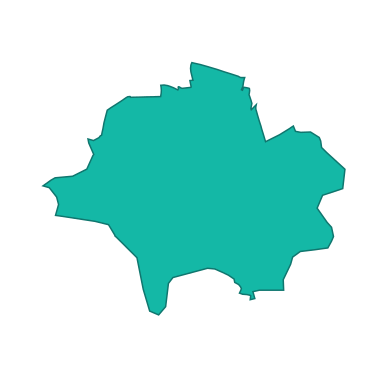 Port-Harcourt, Rivers, Nigeria, rotated 11°
{"feature_id": "59680162B27901935497545", "entity_name": "Port-Harcourt", "entity_type": "district", "adm_level": 2, "iso_a3": "NGA", "parent_name": "Nigeria", "parent_adm1": "Rivers", "projection": "orthographic", "projection_center": [7.015, 4.783], "detail": "fine", "context": "isolated", "style": "filled", "palette": "teal", "viewbox_px": 384, "rotation_deg": 11, "n_neighbors": 0, "source": "geoboundaries", "source_scale": "gbopen_adm2", "svg_char_len": 2128}
<svg xmlns="http://www.w3.org/2000/svg" viewBox="0 0 384 384"><g transform="rotate(11 192 192)"><path d="M124.8,249.9L126.4,250.8L150.5,267.0L162.7,296.8L173.2,317.0L182.7,319.0L188.0,309.6L186.3,286.2L189.6,279.6L221.8,263.9L229.0,263.2L237.0,265.0L243.6,266.7L249.9,269.4L251.2,272.6L255.4,273.9L257.6,275.7L258.9,277.4L258.7,279.0L257.9,282.2L261.2,282.7L265.5,282.2L268.8,282.3L269.4,282.6L269.7,286.6L274.0,284.6L270.8,278.2L277.0,275.5L300.7,270.9L298.3,260.7L302.6,244.1L303.2,236.7L309.7,229.7L323.1,225.4L336.0,221.0L338.3,213.8L339.4,208.7L335.7,200.0L330.5,196.1L317.9,184.0L320.8,170.3L339.3,159.9L337.8,140.5L316.7,127.6L310.7,123.6L308.6,117.4L306.5,114.2L296.9,110.5L287.4,112.7L282.0,112.7L278.9,107.9L276.7,110.0L276.0,110.8L267.0,119.1L254.6,128.6L250.5,120.8L248.4,116.9L247.1,114.2L244.5,109.5L241.9,104.5L239.6,99.9L239.1,99.1L238.7,97.9L238.4,96.4L238.4,94.1L234.5,99.9L233.9,98.9L233.9,95.3L233.9,93.8L233.8,93.4L233.4,92.7L232.6,91.1L231.3,88.8L230.1,86.7L229.5,85.7L229.4,85.3L229.4,83.9L229.3,82.5L229.3,81.6L229.1,81.0L228.6,79.5L228.3,79.3L225.6,79.2L223.0,79.3L222.7,79.5L222.1,82.5L221.0,82.2L221.8,78.7L221.6,74.0L221.7,71.3L221.9,69.6L218.8,70.2L217.5,70.3L216.7,70.1L215.4,69.6L207.2,68.6L200.8,67.9L193.2,66.9L182.9,65.9L175.8,65.3L169.3,65.1L167.2,65.0L166.9,66.3L166.7,67.7L167.0,71.0L168.0,74.3L171.6,82.1L168.7,83.0L169.6,85.3L170.7,87.9L171.1,89.0L170.9,89.5L166.8,90.8L163.0,92.0L162.0,92.1L160.8,91.8L159.6,91.3L158.6,91.3L158.4,91.7L159.0,92.9L158.6,94.5L154.0,93.2L150.1,92.5L147.7,92.2L144.2,92.3L141.0,93.2L141.7,95.1L142.5,98.0L142.9,101.0L143.0,104.3L137.2,105.6L136.9,105.7L128.9,107.4L122.7,108.8L114.8,110.5L113.5,110.8L113.3,110.3L112.9,110.1L110.7,110.8L109.2,112.1L105.0,116.4L99.6,121.6L96.2,124.8L93.2,127.9L92.8,133.9L92.4,140.8L92.5,146.9L92.4,150.3L92.4,152.4L92.4,153.5L91.3,154.4L90.3,156.4L85.5,160.3L79.8,159.8L81.3,163.6L88.4,173.9L87.8,175.1L84.4,189.6L71.8,199.3L54.9,204.2L51.3,207.3L44.6,214.4L51.1,215.0L60.1,222.8L63.4,229.7L62.5,241.0L65.7,240.8L102.4,239.3L116.3,240.0L124.4,249.0L124.8,249.9Z" fill="#14b8a6" stroke="#0f766e" stroke-width="1.5"/></g></svg>